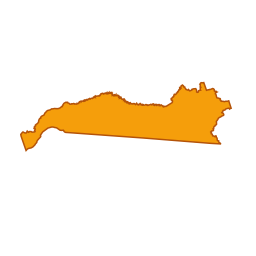 the district of Maués, Amazonas, Brazil, rotated 72°
{"feature_id": "56859067B37694295910395", "entity_name": "Maués", "entity_type": "district", "adm_level": 2, "iso_a3": "BRA", "parent_name": "Brazil", "parent_adm1": "Amazonas", "projection": "robinson", "projection_center": [-58.413, -5.242], "detail": "fine", "context": "isolated", "style": "filled", "palette": "amber", "viewbox_px": 256, "rotation_deg": 72, "n_neighbors": 0, "source": "geoboundaries", "source_scale": "gbopen_adm2", "svg_char_len": 5706}
<svg xmlns="http://www.w3.org/2000/svg" viewBox="0 0 256 256"><g transform="rotate(72 128 128)"><path d="M117.9,231.9L116.8,230.0L116.7,228.3L117.0,226.4L116.6,224.3L115.2,221.6L114.6,221.1L113.6,219.3L112.6,218.8L111.8,218.0L109.4,213.9L108.8,213.5L107.8,213.5L105.4,210.4L103.3,204.1L103.5,200.1L104.1,198.6L104.8,197.7L105.7,195.9L109.1,193.3L109.8,191.8L110.1,190.2L110.4,190.0L111.5,189.9L112.4,189.3L112.9,188.7L142.4,116.1L167.9,54.7L171.7,45.0L171.4,44.8L171.0,44.9L170.2,45.7L169.5,46.0L169.1,46.0L168.4,45.7L167.7,46.6L167.0,46.9L165.2,46.4L164.1,46.9L163.0,46.6L162.6,46.9L163.0,47.9L162.9,48.4L162.2,48.7L161.6,49.9L160.0,49.8L159.7,49.9L159.2,50.6L158.1,50.4L157.9,50.1L157.3,50.5L156.7,49.4L156.9,48.1L156.3,47.2L155.1,47.4L154.9,46.6L153.7,46.2L153.1,45.4L153.0,44.6L152.3,44.1L152.2,43.1L151.8,42.6L149.0,41.9L147.7,40.0L146.7,39.1L146.2,37.8L146.1,36.3L145.7,35.5L145.5,33.2L144.9,32.8L144.0,32.8L143.2,33.1L142.7,33.9L142.3,34.0L141.7,32.8L140.8,32.3L140.6,31.9L140.8,31.0L140.7,29.9L140.2,29.4L140.1,27.7L140.3,26.0L140.6,25.5L141.0,25.7L141.4,25.5L141.1,25.0L141.1,23.8L133.3,23.8L133.3,25.4L132.8,26.6L132.7,28.3L132.0,29.3L131.5,30.9L131.2,31.2L130.9,31.0L130.4,31.1L129.7,31.7L128.7,31.2L128.3,31.5L128.1,32.1L127.6,32.6L126.9,34.0L126.5,34.2L123.1,34.0L122.5,34.4L121.6,33.9L121.3,32.3L120.9,32.8L120.5,32.7L120.3,33.3L120.5,33.7L120.1,33.8L119.6,34.4L119.2,34.4L119.0,34.1L117.8,34.2L117.0,34.7L116.6,35.3L116.8,37.7L116.5,38.8L116.7,39.2L116.4,40.0L116.4,41.7L108.2,41.9L108.2,42.4L108.4,42.6L107.8,43.5L107.5,44.5L107.9,45.3L108.5,46.0L108.7,45.7L111.4,46.7L111.8,46.2L112.4,46.9L113.8,47.4L114.5,47.3L114.3,48.2L114.4,49.3L115.6,50.2L115.6,50.9L115.0,51.6L113.3,51.1L111.5,51.4L110.9,54.0L111.3,55.0L111.0,55.2L111.1,55.4L111.6,55.7L111.8,57.3L111.6,58.0L111.1,58.0L110.7,58.3L110.6,58.7L110.3,58.7L110.5,59.0L110.4,59.5L110.1,60.0L109.5,60.3L109.3,60.9L107.0,61.5L106.5,61.4L106.1,62.3L105.1,62.2L104.0,62.9L104.3,63.4L104.1,63.8L104.4,64.5L105.4,64.9L105.4,66.1L106.2,65.8L105.9,66.4L106.4,66.6L106.6,66.4L107.2,67.4L107.5,67.0L108.0,68.4L108.8,69.0L108.8,69.4L109.2,69.5L109.2,70.0L109.7,70.3L109.8,71.2L110.2,71.4L110.9,72.4L110.6,73.2L110.3,73.3L110.3,73.6L111.1,74.3L112.1,74.7L112.2,75.3L112.5,75.3L112.6,76.2L113.0,76.5L113.3,77.8L114.0,78.1L114.4,77.9L114.8,78.1L115.4,77.3L115.7,77.6L116.3,77.4L117.3,77.9L117.6,78.5L119.2,85.1L118.6,86.9L119.0,87.3L118.8,87.9L117.7,88.0L117.7,88.5L116.4,89.1L116.4,89.9L116.8,90.4L116.4,91.3L115.7,90.7L115.3,91.1L115.5,91.8L115.0,92.2L115.5,93.7L115.3,93.9L114.8,93.5L114.1,94.0L114.2,95.2L114.8,95.7L114.6,96.1L114.2,96.4L113.1,96.1L112.9,96.4L112.8,97.0L113.4,98.1L113.0,98.2L112.5,99.0L112.7,99.8L112.6,100.2L112.7,101.6L111.9,101.8L112.3,101.9L112.1,102.3L112.5,102.1L112.6,102.3L112.3,102.9L111.7,102.9L111.2,103.7L111.4,104.9L110.9,107.1L110.7,107.4L110.6,106.8L110.3,106.5L109.9,107.1L110.1,108.1L109.7,108.5L109.1,108.5L108.9,108.9L108.5,108.7L108.4,108.9L109.4,110.7L109.0,111.1L108.8,110.9L108.7,110.5L108.6,111.8L107.1,112.1L108.0,113.7L106.8,114.3L106.7,115.4L106.3,115.6L106.5,116.7L105.7,117.4L105.6,118.4L105.1,117.9L104.7,118.0L105.3,119.5L104.5,119.7L104.1,119.4L103.7,119.9L103.8,120.5L103.0,120.2L102.8,120.4L102.6,121.0L103.1,120.9L103.5,121.4L102.9,121.7L102.3,121.2L101.8,121.8L102.1,122.6L102.0,122.8L101.4,122.3L101.1,122.4L100.8,123.1L100.5,122.3L99.2,122.6L99.1,122.9L99.7,123.3L99.7,123.7L99.0,124.0L98.9,124.8L98.4,124.8L97.9,125.3L96.7,125.1L96.4,125.2L96.4,125.7L96.7,125.5L97.2,126.4L97.2,126.9L95.9,126.1L95.7,126.2L96.0,126.8L95.9,127.4L94.4,126.9L94.1,127.9L93.6,127.8L93.8,128.8L93.3,129.2L92.5,129.1L93.2,130.0L92.2,130.5L92.0,130.8L92.2,131.3L93.1,131.2L93.0,131.6L92.7,131.6L92.3,132.2L92.2,132.8L91.7,132.3L91.0,132.7L91.1,132.4L90.7,132.3L90.4,132.9L89.7,132.9L89.6,133.4L89.2,132.5L89.0,132.9L89.2,133.2L89.0,133.5L89.0,134.2L88.7,134.3L89.3,134.6L89.2,135.0L89.1,135.8L88.5,135.8L88.8,136.4L89.1,136.3L89.3,136.5L89.1,137.1L88.5,137.0L88.6,137.6L88.0,137.4L88.3,137.9L87.8,138.5L88.2,139.3L87.8,139.7L88.0,140.0L87.8,140.5L88.0,141.0L87.3,141.2L87.1,141.5L87.1,142.6L87.3,142.9L87.2,143.0L87.2,143.4L88.0,144.0L87.9,144.3L88.3,144.6L88.3,145.2L88.5,145.2L88.4,145.6L88.6,145.7L88.0,147.6L88.1,148.4L87.8,148.7L88.0,149.0L87.5,149.1L87.8,149.6L88.1,149.4L88.2,149.8L87.8,150.0L88.2,150.4L87.9,150.9L88.0,151.1L88.3,150.9L88.1,151.3L88.5,151.5L88.9,152.6L88.6,152.8L88.4,154.0L88.8,155.1L88.1,155.5L88.4,155.9L88.2,156.5L88.9,157.8L88.6,158.3L88.3,157.9L88.1,158.2L88.4,158.9L88.2,158.8L88.2,160.3L88.0,160.6L88.7,160.7L88.6,160.3L88.8,160.3L89.0,160.8L88.6,161.2L88.9,161.6L88.4,162.0L88.7,162.2L88.4,162.5L88.4,163.6L88.2,163.8L88.6,164.4L88.1,164.4L88.2,164.8L87.9,164.9L88.1,166.2L88.5,166.5L88.9,166.5L88.8,167.0L89.4,168.1L88.8,168.8L89.3,169.1L89.4,169.5L88.7,170.9L88.8,171.1L88.2,171.7L88.4,171.8L88.0,172.3L87.8,173.3L87.9,173.6L87.6,174.0L87.8,174.2L87.5,174.8L87.6,175.3L87.4,175.9L86.2,176.5L85.2,177.9L84.8,177.7L84.3,179.3L84.8,181.4L86.0,182.9L86.5,183.0L86.9,184.0L87.2,184.0L87.1,184.3L87.4,184.9L87.4,185.3L87.9,186.4L88.0,187.2L87.9,188.8L87.3,190.6L86.8,191.6L86.4,194.3L86.2,194.6L86.7,196.5L86.5,198.9L86.9,200.4L87.8,201.5L88.0,202.3L89.7,203.9L90.1,206.6L90.9,207.9L91.6,207.9L91.9,209.3L92.4,209.9L93.9,211.0L94.6,211.1L94.9,211.4L95.9,213.0L96.0,213.8L96.7,215.3L97.4,215.2L98.1,216.8L98.9,216.7L98.9,217.1L99.3,217.4L99.6,216.5L99.9,216.5L100.7,216.7L101.1,217.5L101.5,217.6L102.2,217.3L102.7,217.5L102.8,218.3L102.3,220.6L101.4,221.3L101.0,222.6L100.9,223.1L101.4,223.8L101.3,224.1L99.8,224.8L101.2,226.2L101.2,226.7L100.7,227.8L99.3,229.1L99.8,230.3L100.5,231.1L100.8,231.9L102.5,232.2L117.9,231.9Z" fill="#f59e0b" stroke="#b45309" stroke-width="1.5"/></g></svg>